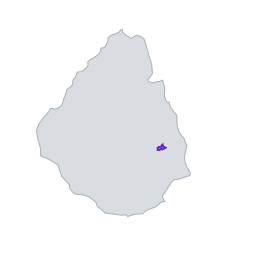 location of Fraile Muerto, Cerro Largo, Uruguay, rotated 32°
{"feature_id": "84410073B83250552762977", "entity_name": "Fraile Muerto", "entity_type": "district", "adm_level": 2, "iso_a3": "URY", "parent_name": "Uruguay", "parent_adm1": "Cerro Largo", "projection": "orthographic", "projection_center": [-54.446, -32.51], "detail": "fine", "context": "in_parent", "style": "filled", "palette": "violet", "viewbox_px": 256, "rotation_deg": 32, "n_neighbors": 0, "source": "geoboundaries", "source_scale": "gbopen_adm2", "svg_char_len": 2643}
<svg xmlns="http://www.w3.org/2000/svg" viewBox="0 0 256 256"><g transform="rotate(32 128 128)"><path d="M198.1,170.7L196.6,172.0L195.1,174.4L193.2,180.3L187.1,188.4L185.8,193.0L179.3,197.7L174.7,203.1L171.7,202.9L169.0,205.2L153.6,212.3L148.0,211.0L143.9,211.0L140.1,208.0L131.4,207.0L125.9,208.3L118.6,211.8L116.4,211.8L114.8,211.6L110.8,210.3L108.6,207.3L97.2,204.1L87.9,196.4L77.2,196.6L68.9,197.8L67.6,196.8L66.7,194.9L64.9,192.0L57.6,185.3L51.7,178.6L50.3,171.9L50.8,164.5L52.2,155.7L51.8,153.0L53.8,151.4L55.9,151.0L57.8,148.7L59.5,145.2L59.7,142.6L58.1,137.8L56.9,131.2L55.7,127.9L57.8,122.6L57.8,120.0L56.4,117.8L55.9,115.5L56.5,113.1L56.3,110.9L55.4,108.7L55.9,106.9L58.0,105.4L59.5,103.1L60.5,100.1L61.0,97.9L60.9,96.3L60.2,94.9L58.9,93.5L59.4,90.8L61.8,86.6L63.3,82.9L64.0,79.7L63.9,77.1L62.9,75.2L63.3,73.8L64.8,73.1L65.5,71.0L65.1,65.9L63.3,61.7L64.5,58.3L67.9,54.3L69.7,51.1L69.8,48.7L70.9,47.3L72.6,49.8L77.8,50.3L82.9,50.3L83.7,49.6L85.6,45.4L88.2,44.1L91.1,43.7L94.3,43.9L97.7,46.6L107.4,55.5L114.5,61.7L116.7,64.7L118.5,66.9L119.9,69.0L119.4,74.4L119.6,76.8L119.9,77.5L121.5,77.5L123.8,77.1L125.8,75.9L127.3,74.1L128.8,72.7L130.0,71.9L130.5,70.8L131.1,69.6L131.9,69.3L133.3,70.2L136.5,73.2L139.1,76.1L139.7,77.7L140.7,79.4L141.7,80.9L142.5,82.3L144.9,84.2L147.4,85.4L149.0,84.2L153.2,88.1L162.5,91.4L164.2,93.3L165.8,96.2L169.0,100.5L173.4,104.3L177.0,106.0L180.4,106.9L182.3,107.8L183.7,109.3L185.7,110.9L187.1,111.5L187.5,112.9L188.8,116.0L190.2,120.0L191.7,123.6L195.0,127.2L198.7,130.0L202.6,131.6L204.8,133.5L205.7,135.5L203.0,138.4L200.2,142.1L197.6,145.0L195.0,147.0L194.2,148.4L193.6,150.6L193.5,162.2L193.2,166.4L193.4,167.6L193.8,168.4L195.4,169.5L197.3,170.5L198.1,170.7Z" fill="#d9dde1" stroke="#a8b0b8" stroke-width="1"/><path d="M164.0,127.7L164.0,128.2L163.7,128.6L163.5,129.1L163.5,129.6L163.9,130.0L164.1,130.1L164.3,130.2L164.5,130.4L164.6,130.7L164.7,130.9L164.8,130.7L165.1,130.7L165.6,130.5L166.0,130.5L166.1,130.4L166.3,130.4L166.4,130.2L166.7,130.1L166.7,129.6L167.1,128.6L167.2,127.9L167.6,127.9L167.8,128.1L168.2,128.1L168.4,128.2L169.7,126.4L169.7,126.2L170.1,124.9L170.6,124.9L170.6,124.6L170.2,124.7L169.9,124.8L169.7,124.8L169.3,124.9L169.1,125.0L168.9,124.9L168.8,124.7L168.6,124.8L168.4,125.0L168.1,124.9L167.8,124.8L167.3,124.5L167.1,124.4L167.0,124.2L166.8,124.2L166.7,124.1L166.4,124.2L166.2,124.3L166.1,124.2L165.9,124.2L165.8,123.8L165.8,123.7L165.7,123.8L165.6,124.3L165.7,124.6L165.9,124.7L165.9,125.0L166.1,125.9L165.9,125.9L165.7,126.1L165.8,126.2L165.8,126.3L165.8,126.6L165.6,126.7L165.1,126.9L164.2,127.6L164.0,127.7Z" fill="#8b5cf6" stroke="#5b21b6" stroke-width="1.5"/></g></svg>